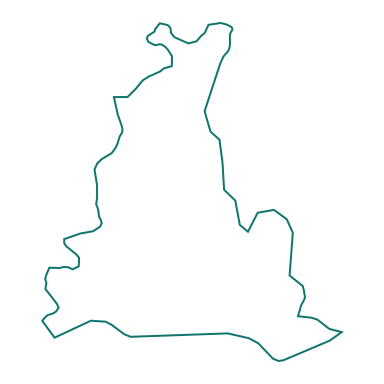 an SVG outline of Saldus
{"feature_id": "LVA-1068", "entity_name": "Saldus", "entity_type": "Municipality", "adm_level": 1, "iso_a3": "LVA", "parent_name": "Latvia", "parent_adm1": "", "projection": "orthographic", "projection_center": [22.32, 56.635], "detail": "fine", "context": "isolated", "style": "outline", "palette": "teal", "viewbox_px": 384, "rotation_deg": 0, "n_neighbors": 0, "source": "natural_earth", "source_scale": "10m", "svg_char_len": 1595}
<svg xmlns="http://www.w3.org/2000/svg" viewBox="0 0 384 384"><path d="M130.5,336.8L124.0,334.1L111.9,325.0L105.7,321.7L90.9,320.7L54.5,337.7L54.3,337.5L53.7,336.5L42.3,320.9L44.2,318.3L47.5,315.2L52.6,313.6L56.1,311.6L58.6,307.6L56.7,303.5L45.4,289.0L46.4,282.9L45.2,278.8L46.1,275.4L49.4,267.7L59.6,268.1L63.5,266.9L68.3,267.3L72.6,269.3L78.7,266.4L79.1,257.9L76.4,254.5L66.4,246.4L64.3,243.5L64.2,239.1L80.3,233.5L93.1,231.2L100.1,226.6L101.7,223.1L100.8,219.9L99.2,217.1L98.2,210.3L97.3,206.9L96.2,204.5L97.1,197.3L97.0,184.9L94.5,169.4L97.3,163.4L101.6,159.2L111.6,153.2L115.2,148.5L117.4,143.9L119.7,136.5L122.3,132.3L122.4,128.7L121.4,124.9L117.7,114.4L113.9,97.1L127.6,97.0L135.8,88.8L142.6,80.5L148.6,76.6L160.3,71.4L163.8,68.4L171.8,66.1L172.0,56.2L168.0,49.9L165.0,46.6L161.8,44.6L159.7,44.2L157.0,44.9L154.5,45.0L148.6,42.1L146.8,38.6L147.9,35.9L154.5,31.6L155.3,29.0L159.8,23.3L167.6,25.0L170.0,27.3L170.9,30.3L170.8,32.6L174.2,37.1L188.3,43.4L196.5,41.3L201.2,35.8L204.8,32.9L208.5,24.8L220.6,23.0L226.9,24.6L231.7,27.2L232.5,29.7L231.0,31.9L229.9,34.7L230.0,44.0L229.3,48.6L227.9,51.5L225.3,54.2L223.3,56.8L220.2,63.7L211.2,91.0L204.6,111.3L210.5,131.6L219.5,139.7L222.5,162.7L224.1,189.8L235.3,200.6L239.8,224.9L248.0,231.7L257.7,212.7L274.0,209.9L286.8,219.3L292.8,232.8L289.6,275.5L302.7,286.0L303.9,290.3L305.0,297.7L303.3,301.5L301.3,304.8L298.0,316.2L311.5,317.7L317.5,319.7L329.3,328.9L341.4,332.0L341.7,332.1L329.8,340.6L283.5,360.2L278.6,361.0L272.9,358.6L258.3,343.3L249.6,338.6L248.8,338.2L227.7,333.4L130.5,336.8Z" fill="none" stroke="#0f766e" stroke-width="2"/></svg>